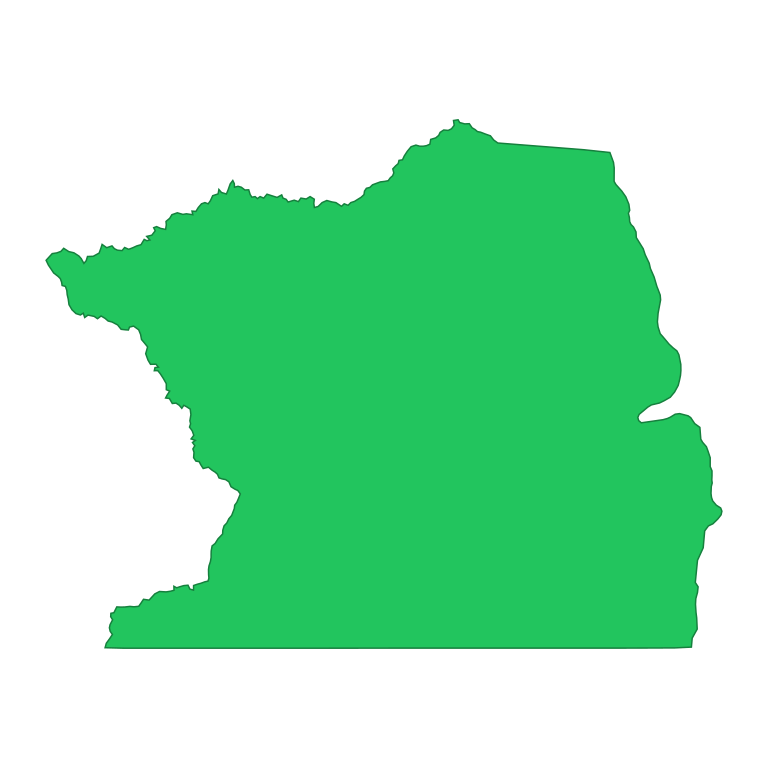 the district of Planaltina, Goiás, Brazil
{"feature_id": "56859067B53448313015769", "entity_name": "Planaltina", "entity_type": "district", "adm_level": 2, "iso_a3": "BRA", "parent_name": "Brazil", "parent_adm1": "Goiás", "projection": "mercator", "projection_center": [-47.833, -15.26], "detail": "fine", "context": "isolated", "style": "filled", "palette": "green", "viewbox_px": 768, "rotation_deg": 0, "n_neighbors": 0, "source": "geoboundaries", "source_scale": "gbopen_adm2", "svg_char_len": 4886}
<svg xmlns="http://www.w3.org/2000/svg" viewBox="0 0 768 768"><path d="M63.7,248.3L60.9,251.4L56.8,252.9L52.2,253.6L46.1,260.3L48.4,265.1L53.7,273.0L58.1,276.4L60.3,278.6L61.6,282.2L62.1,285.5L65.4,286.4L66.8,290.4L67.2,294.7L68.2,298.9L69.0,304.7L72.0,309.8L76.0,313.6L80.4,315.0L83.3,313.2L84.7,317.5L88.0,315.1L94.2,316.4L97.5,318.7L101.1,316.0L105.1,318.4L108.1,321.0L112.0,322.0L117.6,324.9L121.1,329.3L125.4,329.8L128.4,330.0L129.5,327.1L133.6,326.1L138.7,329.8L140.6,334.5L141.5,339.5L144.3,342.8L147.6,346.9L145.7,353.7L148.0,360.1L150.5,364.3L156.0,364.2L158.4,367.2L155.0,367.6L154.3,370.7L157.7,370.6L160.2,373.6L163.3,378.4L166.3,383.7L166.3,389.7L169.7,391.1L167.1,395.1L165.6,398.0L169.4,398.5L172.3,403.5L176.0,403.1L179.3,405.3L181.8,408.3L183.8,405.3L186.5,406.7L190.2,409.1L190.9,414.6L189.9,420.8L190.6,423.8L189.5,427.1L192.2,430.8L193.8,435.3L191.1,438.9L195.3,440.4L192.5,442.5L194.8,445.7L192.9,448.9L194.0,452.4L193.6,457.7L195.9,461.1L199.2,461.7L200.8,464.8L203.2,468.5L208.5,467.2L211.8,470.0L215.2,472.2L217.5,474.3L219.0,477.9L222.0,478.9L225.6,479.6L228.9,481.8L231.0,486.7L234.8,489.1L237.8,490.5L240.3,493.9L238.6,498.2L236.8,502.4L234.7,505.2L234.3,508.6L231.7,515.4L228.9,518.7L226.8,523.0L224.1,525.8L222.8,530.2L222.6,534.0L218.1,538.7L215.1,543.5L212.1,545.9L211.2,551.0L211.1,554.4L211.1,557.6L210.4,561.6L209.0,565.9L208.5,569.5L208.6,574.8L208.9,578.1L208.0,581.1L204.9,581.8L200.8,583.3L197.4,584.2L193.6,585.5L193.5,590.1L189.9,589.1L188.0,585.2L183.8,585.6L180.0,586.7L176.7,587.8L173.9,586.3L174.0,590.3L170.6,591.2L166.1,591.9L159.5,591.5L154.8,593.9L149.1,600.1L143.5,599.3L141.0,603.1L138.7,606.3L134.0,606.8L129.9,606.4L124.9,607.0L120.7,607.1L116.8,606.9L113.9,612.7L110.9,613.3L110.7,616.7L112.6,619.8L110.1,624.6L109.4,627.8L110.2,631.3L112.4,634.5L109.7,638.6L106.3,643.3L105.1,647.7L124.2,648.2L185.9,648.2L314.5,648.2L401.7,648.1L488.8,648.1L517.6,648.1L565.4,648.1L569.5,648.1L573.6,648.1L587.2,648.1L594.1,648.1L605.2,648.1L620.7,648.1L653.0,648.0L660.9,648.0L665.2,647.9L674.7,647.9L691.4,647.1L692.2,638.1L697.2,629.1L696.7,617.9L696.0,612.4L695.5,604.3L695.8,598.7L697.5,592.4L698.1,586.8L695.3,582.5L697.5,560.3L703.2,547.8L704.7,530.9L708.4,525.9L712.9,523.8L717.9,518.9L721.1,514.8L721.9,511.2L720.7,508.0L716.3,505.2L712.7,500.9L711.5,497.4L711.0,493.4L711.3,486.5L712.2,483.0L711.8,479.9L712.0,475.6L712.0,470.9L710.2,466.6L710.2,457.7L707.9,450.8L706.4,446.7L702.6,442.3L700.8,439.2L699.9,427.4L694.7,423.6L690.7,417.6L688.1,415.8L679.6,413.6L675.2,414.2L670.3,417.2L667.4,418.5L663.0,419.7L641.3,422.8L638.7,420.6L637.8,417.5L639.1,414.4L647.8,407.1L651.4,404.9L659.5,403.0L664.2,400.7L670.3,397.2L674.6,392.0L678.2,385.4L679.5,380.2L680.5,375.4L680.9,370.5L680.8,364.4L678.9,354.8L676.9,350.9L673.1,347.9L669.1,344.2L663.5,337.5L660.2,333.7L658.1,327.0L657.4,321.8L658.1,313.2L660.6,299.9L660.2,295.1L658.1,289.5L656.9,286.5L654.1,277.0L650.4,268.5L649.2,263.2L645.2,254.8L643.2,248.7L636.3,237.6L636.0,231.9L633.5,227.0L631.0,224.5L629.7,221.7L629.4,217.6L628.4,213.2L629.7,210.3L628.9,204.3L625.8,196.8L621.8,191.1L615.9,184.5L614.1,181.4L614.2,167.9L613.5,162.4L609.9,152.5L583.5,149.7L497.8,143.0L493.7,140.0L490.4,135.8L485.8,134.2L480.6,132.2L477.5,131.6L475.0,129.5L472.1,127.8L469.3,123.7L464.7,123.9L459.6,122.5L458.1,119.8L453.5,120.5L454.2,125.3L451.5,128.8L448.2,130.4L443.7,130.0L440.1,132.4L438.7,135.4L435.7,137.9L430.7,139.4L429.9,144.2L426.4,145.7L423.3,146.2L419.7,146.2L415.9,145.1L411.1,146.7L407.3,151.3L404.3,155.9L402.5,159.8L399.0,160.4L398.2,163.6L395.6,165.9L392.8,168.9L393.8,172.9L392.6,175.8L390.3,177.8L388.2,180.7L384.6,181.4L380.4,181.9L376.0,183.5L372.5,184.8L369.9,187.4L366.4,188.3L364.5,191.1L364.0,194.6L361.1,197.3L357.2,199.7L354.5,201.4L350.8,202.6L348.1,205.3L344.2,203.8L341.5,206.3L335.9,202.6L331.8,201.9L326.8,200.5L322.1,202.6L318.1,206.5L314.4,207.5L313.8,203.4L314.3,199.2L310.1,196.6L306.2,199.0L300.9,198.1L298.4,201.6L294.2,200.2L288.1,202.0L286.1,199.3L283.0,198.1L281.7,194.9L277.1,197.4L272.3,195.9L267.0,194.2L263.7,198.1L260.1,196.6L257.4,198.6L255.1,196.6L251.9,197.2L250.2,194.6L248.7,189.8L244.9,190.0L241.3,187.2L238.0,186.3L234.5,187.2L234.3,183.6L232.8,180.5L230.2,183.9L228.0,190.2L226.4,194.0L221.5,192.5L218.9,189.5L218.1,193.9L212.7,195.7L210.4,200.7L208.2,203.8L204.9,202.6L201.5,203.8L198.3,207.5L195.9,211.4L192.0,211.1L192.8,214.7L186.4,213.8L182.9,214.4L177.3,212.8L171.9,214.7L169.7,218.3L166.0,221.4L166.3,224.9L165.6,229.4L160.6,228.4L156.6,226.6L153.7,227.7L155.2,230.8L151.8,235.2L146.7,236.4L149.9,240.0L146.9,240.7L144.2,239.4L141.0,244.7L136.8,245.9L132.9,247.7L128.7,249.3L124.6,247.5L122.1,250.6L117.5,250.2L114.4,248.7L112.0,245.9L106.7,247.7L102.1,244.4L100.8,248.5L99.1,253.1L93.2,256.3L87.5,256.5L86.2,260.7L83.9,263.4L81.2,258.6L78.9,256.0L73.9,252.8L68.8,251.6L63.7,248.3Z" fill="#22c55e" stroke="#15803d" stroke-width="1.5"/></svg>